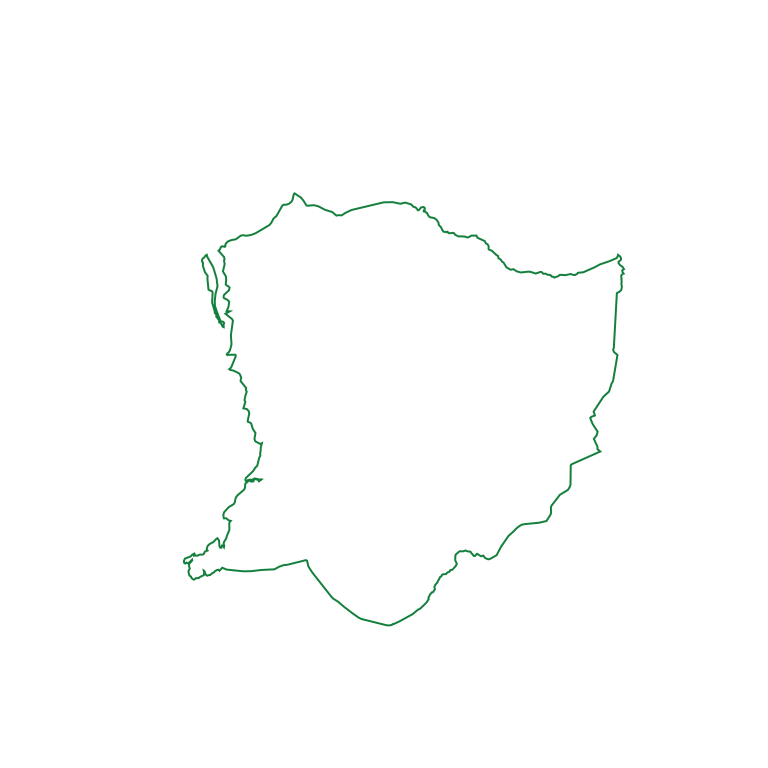 Krakor, Pouthisat, Cambodia (orthographic projection), rotated 237°
{"feature_id": "14789045B13270514327943", "entity_name": "Krakor", "entity_type": "district", "adm_level": 2, "iso_a3": "KHM", "parent_name": "Cambodia", "parent_adm1": "Pouthisat", "projection": "orthographic", "projection_center": [104.201, 12.447], "detail": "fine", "context": "isolated", "style": "outline", "palette": "green", "viewbox_px": 768, "rotation_deg": 237, "n_neighbors": 0, "source": "geoboundaries", "source_scale": "gbopen_adm2", "svg_char_len": 6167}
<svg xmlns="http://www.w3.org/2000/svg" viewBox="0 0 768 768"><g transform="rotate(237 384 384)"><path d="M585.9,317.8L577.7,319.0L575.6,318.3L574.5,317.0L571.4,315.7L566.1,310.2L560.3,310.0L557.2,308.3L553.7,305.5L552.6,305.6L550.7,306.7L549.0,307.0L547.1,305.2L545.8,298.3L544.7,297.1L543.4,296.5L539.7,298.6L537.4,299.0L533.8,296.0L530.8,291.8L528.9,294.3L529.3,289.3L521.3,291.9L519.4,291.8L508.5,282.3L500.3,277.7L496.1,273.1L495.3,271.3L495.0,269.4L494.3,268.2L493.5,268.4L493.5,269.0L489.5,275.3L488.1,274.9L481.9,266.0L481.0,264.3L480.7,262.3L479.6,262.7L477.4,264.9L475.5,266.1L472.1,268.1L470.6,268.4L467.2,267.7L464.6,265.3L455.6,266.2L454.4,265.0L452.2,264.6L450.0,261.7L446.4,258.2L444.5,258.0L440.2,252.8L437.8,255.2L434.8,255.8L432.6,254.9L427.1,249.4L426.4,249.3L424.8,250.5L423.4,251.1L417.6,249.5L412.9,249.5L408.6,245.5L406.4,244.9L405.7,245.0L401.2,247.5L400.9,249.4L398.0,246.2L395.0,244.0L393.4,242.4L391.3,241.3L389.9,238.9L384.5,233.2L384.0,230.8L382.2,226.6L380.4,217.0L379.5,215.9L378.2,215.2L377.6,215.6L377.5,217.6L376.7,219.8L375.7,220.3L375.2,224.1L372.5,226.8L371.6,227.0L371.2,228.8L370.7,229.3L370.5,226.1L372.1,226.2L373.9,224.7L374.6,223.5L374.7,222.7L373.4,221.5L374.5,219.4L376.2,218.8L376.4,217.6L376.1,214.5L375.8,213.2L372.8,211.0L372.1,210.1L371.5,208.6L370.5,200.8L369.8,198.7L369.0,197.3L366.1,194.5L365.1,192.5L365.3,186.8L363.6,180.2L361.8,178.0L358.6,176.5L357.2,178.6L354.2,179.5L352.7,180.9L352.4,179.7L351.5,178.4L345.8,174.8L342.1,169.4L340.7,168.0L338.8,164.1L337.7,162.7L335.2,161.8L334.3,160.9L336.0,160.8L336.8,160.3L336.0,159.0L335.3,158.5L335.9,157.5L337.7,157.7L342.6,160.4L345.4,160.3L345.3,158.5L344.3,154.6L344.7,152.8L344.7,150.4L344.3,148.1L343.0,146.2L341.8,145.3L340.4,145.3L341.0,142.5L339.5,140.1L339.7,139.1L341.3,136.4L341.7,133.8L343.4,131.8L343.5,131.1L344.1,131.4L344.5,132.5L345.1,132.6L345.3,130.1L344.7,128.0L346.0,121.9L344.3,119.5L342.6,119.0L341.7,119.5L341.7,121.2L340.4,121.9L340.3,122.7L341.2,127.4L340.5,127.1L339.2,122.5L338.1,121.6L334.8,120.4L333.8,118.4L332.9,117.7L329.4,116.5L327.6,117.2L326.6,116.9L324.4,117.4L323.5,117.9L323.3,118.8L323.6,120.5L322.1,123.0L322.4,124.7L321.8,128.7L323.3,130.2L325.7,131.2L324.9,131.5L322.3,130.8L320.1,130.9L319.5,131.4L319.0,133.4L318.5,134.0L318.9,137.7L318.5,138.5L319.1,140.5L319.0,142.5L318.5,143.9L317.0,144.3L318.0,148.3L314.1,150.9L303.6,163.9L299.4,170.6L294.9,179.7L288.2,191.3L287.9,196.6L286.7,201.3L285.1,204.3L278.8,222.6L277.7,223.2L272.1,221.2L264.8,221.2L233.3,224.1L231.7,224.5L226.4,226.9L219.0,229.1L209.7,232.4L202.3,235.3L199.3,237.0L180.1,254.9L178.4,257.4L177.7,259.4L177.9,260.9L177.4,261.4L176.5,267.6L175.4,282.9L176.2,289.3L175.9,292.3L177.5,300.3L179.2,304.3L180.5,304.8L182.4,308.0L183.2,310.8L182.7,311.6L184.1,314.9L186.3,315.7L187.7,317.7L188.4,320.6L189.8,322.6L190.3,324.1L191.5,325.5L191.4,327.1L192.4,328.7L192.2,329.9L190.8,332.5L191.4,334.6L190.9,336.6L191.8,338.2L191.0,339.8L192.2,344.9L193.6,347.2L197.3,347.7L201.3,350.4L202.0,351.8L202.5,355.6L202.4,356.6L200.6,359.1L199.9,361.8L198.1,362.9L196.7,364.8L195.6,365.3L194.2,365.1L193.4,365.5L190.9,365.6L190.3,366.4L190.9,369.6L186.6,371.6L186.0,373.8L183.0,374.0L180.5,375.7L179.9,376.4L179.5,378.0L179.1,385.2L183.8,393.6L188.8,405.7L189.9,412.7L190.8,416.4L191.1,420.4L191.0,422.6L190.1,425.2L183.1,438.7L180.6,445.6L183.7,452.5L185.0,454.0L189.7,456.8L190.6,457.9L195.3,471.2L195.0,480.5L196.3,483.4L198.0,485.6L213.8,496.1L214.4,496.8L214.4,498.3L209.6,528.6L213.0,527.5L215.3,528.9L223.7,530.1L225.1,534.3L227.7,537.2L236.8,537.2L243.1,538.4L243.6,539.9L242.7,543.7L246.7,544.8L253.8,561.0L255.1,568.6L260.3,575.0L261.8,577.8L281.2,595.6L285.7,594.3L287.9,594.8L289.5,596.7L333.4,628.8L333.2,631.9L333.6,634.2L336.0,636.5L338.4,637.4L340.7,639.3L342.3,639.9L342.7,640.6L344.1,641.0L345.8,642.1L346.4,644.2L346.1,645.1L347.7,645.0L349.2,645.4L349.7,646.0L349.6,647.8L352.0,647.9L355.1,646.8L357.5,646.5L358.8,647.3L358.9,649.5L359.6,650.9L361.3,651.5L362.7,651.4L364.9,650.6L363.6,649.2L362.9,647.6L364.1,640.5L366.7,630.1L367.2,624.0L369.2,611.9L371.6,607.3L371.2,605.6L371.4,603.5L372.0,602.6L374.7,600.2L376.5,595.4L379.8,591.0L379.6,588.7L380.4,584.9L381.7,584.4L382.9,583.1L384.1,583.1L385.2,582.5L386.2,581.0L388.6,579.5L389.6,577.7L392.2,577.1L392.8,576.2L394.0,571.4L398.3,567.9L399.6,566.3L403.0,559.5L406.3,556.6L409.8,555.1L410.9,552.4L415.3,550.2L420.7,550.4L422.4,549.6L424.6,549.7L427.1,548.5L429.3,549.4L431.0,548.5L437.0,547.1L439.4,545.3L440.2,545.2L442.7,546.9L444.9,546.9L446.2,546.1L449.0,546.3L455.7,542.1L458.2,542.3L460.8,538.2L461.1,534.5L461.7,533.5L463.9,531.8L467.3,526.8L470.5,524.9L472.0,525.0L473.1,524.3L474.5,521.4L475.4,520.4L477.1,520.2L477.3,518.9L478.0,518.6L479.1,517.0L481.2,516.7L484.3,517.2L487.6,516.6L489.7,517.6L493.0,517.5L495.7,516.6L498.9,513.3L500.9,512.9L504.0,513.2L504.9,512.6L506.4,512.6L506.5,511.9L507.1,511.3L507.9,512.0L508.7,513.7L509.8,514.0L511.0,513.5L511.9,511.2L510.9,508.3L511.1,507.1L514.3,506.8L515.2,506.5L516.7,505.1L519.7,504.7L523.9,501.2L524.6,500.5L526.3,495.8L531.8,490.3L536.6,482.5L547.6,451.6L548.5,445.1L548.5,440.3L550.4,437.8L551.2,435.8L556.5,434.2L562.1,429.5L569.1,425.5L572.2,422.5L575.3,416.7L576.4,416.2L581.6,416.3L585.6,415.9L592.6,412.8L592.1,411.4L588.5,407.9L587.3,405.7L586.9,402.9L587.4,400.1L588.9,397.8L589.1,396.1L583.5,385.4L582.9,381.4L580.5,377.1L579.7,374.5L580.4,358.2L581.5,353.3L583.2,349.5L585.8,346.4L586.4,344.8L586.1,338.5L587.8,334.4L588.6,330.7L588.0,328.1L586.8,326.3L585.8,325.9L585.8,325.1L587.7,323.3L587.7,321.8L586.2,319.7L585.9,317.8ZM585.9,298.1L584.4,298.3L581.8,296.5L576.3,295.0L574.8,294.7L570.8,295.0L568.2,293.1L558.7,288.2L556.8,289.2L556.0,290.2L554.2,290.2L545.9,284.2L536.9,281.5L536.3,281.4L534.7,282.2L535.2,280.9L531.8,281.4L532.3,280.4L531.9,280.0L528.2,280.4L526.8,280.2L525.3,279.3L524.1,280.4L519.9,279.9L519.0,280.5L521.4,281.9L522.1,283.1L523.7,283.1L525.4,281.3L526.2,281.3L533.9,282.7L541.7,284.8L545.7,287.2L551.0,291.5L556.8,297.7L563.6,301.0L571.9,303.5L575.4,304.4L586.6,305.0L588.9,305.7L588.9,304.1L588.0,302.3L587.9,300.2L587.4,299.2L585.9,298.1Z" fill="none" stroke="#15803d" stroke-width="2"/></g></svg>